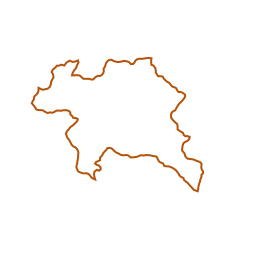 outline of Cabo Verde, Minas Gerais, Brazil, rotated 56°
{"feature_id": "56859067B98628582870895", "entity_name": "Cabo Verde", "entity_type": "district", "adm_level": 2, "iso_a3": "BRA", "parent_name": "Brazil", "parent_adm1": "Minas Gerais", "projection": "albers", "projection_center": [-46.381, -21.483], "detail": "fine", "context": "isolated", "style": "outline", "palette": "amber", "viewbox_px": 256, "rotation_deg": 56, "n_neighbors": 0, "source": "geoboundaries", "source_scale": "gbopen_adm2", "svg_char_len": 3329}
<svg xmlns="http://www.w3.org/2000/svg" viewBox="0 0 256 256"><g transform="rotate(56 128 128)"><path d="M201.7,89.4L199.7,87.6L198.1,87.0L196.1,87.6L194.0,89.2L192.2,90.4L190.6,91.4L188.9,93.3L186.7,95.8L184.3,96.3L182.4,96.0L180.6,95.3L178.4,95.6L176.6,95.7L175.2,94.4L173.2,92.6L171.6,90.5L171.6,88.2L171.9,85.6L171.4,83.3L169.7,81.8L167.8,83.5L166.8,85.1L164.9,85.7L162.8,85.1L160.8,86.1L159.2,86.8L156.9,87.7L154.6,86.1L152.2,85.0L149.1,85.9L146.1,86.4L143.8,86.5L141.7,85.4L140.1,84.0L139.4,81.8L139.7,78.9L138.1,75.9L136.6,72.5L135.8,68.2L134.8,64.8L133.7,62.8L131.9,62.1L129.3,63.1L127.3,64.4L126.5,66.0L124.6,66.2L122.0,65.8L120.2,66.7L118.3,68.2L116.0,68.4L113.8,68.5L111.6,69.7L109.7,70.2L107.5,70.7L104.8,70.5L103.3,72.1L101.8,74.1L99.7,74.0L97.5,73.9L95.8,72.8L93.7,71.9L90.6,71.9L88.6,73.3L86.7,72.1L85.0,71.1L83.4,69.6L81.6,71.5L80.4,73.7L79.4,75.9L78.3,78.1L77.1,79.5L76.2,81.6L76.3,84.3L77.3,85.9L77.8,87.9L76.6,89.9L74.0,90.3L72.0,91.7L70.0,94.0L69.5,95.8L68.6,97.5L67.8,99.4L66.3,100.9L64.3,102.5L62.2,103.5L61.3,105.1L61.0,107.2L61.8,109.6L62.9,111.1L64.2,112.7L65.3,115.2L67.4,116.3L68.6,117.7L69.3,119.8L69.3,122.0L68.0,123.7L67.6,126.4L68.3,129.5L67.4,131.3L65.7,132.5L64.5,134.1L63.5,135.7L62.2,137.5L59.6,138.1L57.3,138.8L55.5,141.0L54.2,143.3L53.1,145.0L51.6,143.3L50.2,140.7L49.2,137.5L47.9,135.8L46.9,134.1L46.0,132.4L44.0,131.7L43.5,134.5L42.3,136.9L39.5,138.8L39.4,142.7L40.6,145.8L38.2,147.9L37.7,150.5L36.6,152.0L37.2,154.4L37.6,157.8L39.0,160.0L42.1,160.3L44.3,161.4L46.6,165.8L48.4,167.3L50.1,169.6L50.5,172.6L48.6,177.4L44.7,179.7L47.3,181.6L48.6,183.6L49.1,185.6L49.5,188.1L51.6,190.1L52.4,191.8L53.6,193.9L55.7,193.7L57.6,193.5L59.5,193.5L61.2,193.7L62.7,192.6L63.9,191.0L65.5,188.9L68.3,187.6L70.5,186.4L71.5,183.9L73.2,181.9L73.5,179.8L73.6,177.6L74.7,175.9L76.1,174.1L77.1,171.8L78.6,169.3L80.6,167.6L82.7,167.1L84.5,168.2L86.7,167.6L89.0,167.7L90.6,165.7L92.4,164.6L93.8,166.0L94.2,167.7L94.7,170.0L95.0,172.4L95.0,175.2L95.9,177.9L96.6,180.4L97.9,182.7L99.9,183.1L102.0,183.7L104.4,183.5L106.6,183.5L108.7,183.9L110.4,184.1L112.8,183.6L114.6,182.4L116.8,182.0L119.0,182.3L121.0,183.1L122.9,184.7L124.2,185.6L125.8,187.1L127.6,188.8L129.2,190.2L130.8,192.2L132.6,193.0L134.6,193.5L136.5,193.4L138.1,192.4L140.0,191.0L141.3,189.5L142.4,187.6L144.3,186.3L147.2,186.0L149.6,185.7L152.3,184.0L149.2,183.0L147.0,181.8L145.4,180.1L145.3,177.2L147.2,175.9L146.9,173.6L145.0,172.7L142.7,173.2L141.3,174.4L139.1,175.2L138.3,173.3L138.8,171.3L139.0,169.1L136.9,167.6L136.5,165.7L135.9,164.0L135.0,162.6L134.4,160.2L134.0,158.1L133.2,156.4L134.2,154.3L136.0,152.9L139.2,152.2L141.6,151.6L143.4,150.3L145.9,149.2L147.7,147.6L148.7,145.9L149.6,144.2L151.0,143.1L153.8,142.3L155.2,140.2L156.0,138.4L157.0,136.3L157.4,134.0L157.9,132.3L159.5,130.6L160.5,128.1L161.6,126.7L163.0,124.9L164.6,123.5L166.1,121.9L167.7,120.4L170.5,120.7L173.0,121.0L174.9,120.2L177.1,118.7L179.8,119.2L181.4,117.4L182.5,115.7L184.2,114.5L185.8,113.5L187.7,112.6L189.9,111.9L191.9,111.7L193.9,111.6L195.9,111.9L198.2,111.4L200.3,110.0L202.5,110.6L204.6,110.0L207.4,109.1L209.8,109.0L212.4,108.4L214.4,108.3L216.1,108.0L217.8,106.8L219.4,105.6L217.6,103.7L215.6,102.0L213.8,100.0L212.7,98.3L211.1,96.7L209.6,94.5L207.9,93.3L207.5,91.1L205.9,90.1L203.6,90.0L201.7,89.4Z" fill="none" stroke="#b45309" stroke-width="2"/></g></svg>